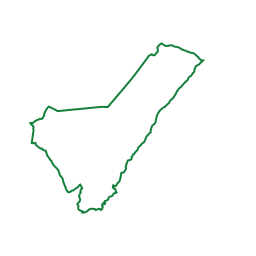 outline of Santaluz, Bahia, Brazil, rotated 158°
{"feature_id": "56859067B88136569258603", "entity_name": "Santaluz", "entity_type": "district", "adm_level": 2, "iso_a3": "BRA", "parent_name": "Brazil", "parent_adm1": "Bahia", "projection": "albers", "projection_center": [-39.492, -11.198], "detail": "fine", "context": "isolated", "style": "outline", "palette": "green", "viewbox_px": 256, "rotation_deg": 158, "n_neighbors": 0, "source": "geoboundaries", "source_scale": "gbopen_adm2", "svg_char_len": 4656}
<svg xmlns="http://www.w3.org/2000/svg" viewBox="0 0 256 256"><g transform="rotate(158 128 128)"><path d="M202.0,66.7L200.9,66.2L199.6,65.9L198.8,65.9L197.9,66.0L196.8,66.3L195.5,66.6L194.4,67.1L193.3,67.1L192.4,67.0L191.2,66.4L190.4,65.9L189.6,65.5L188.9,65.0L188.6,64.0L187.6,64.1L186.5,64.0L185.2,64.0L184.2,63.2L184.0,62.3L182.9,62.2L182.1,62.8L181.5,63.9L180.7,64.6L181.1,65.6L180.6,66.6L179.8,67.5L179.0,67.0L178.5,66.2L177.5,66.4L177.3,67.2L177.6,68.4L176.7,68.9L175.3,68.8L173.9,68.9L172.8,69.4L172.3,70.4L171.7,70.9L170.8,71.1L170.0,71.1L169.2,71.0L168.2,71.0L167.2,71.5L166.1,72.4L164.7,72.6L163.7,72.4L162.7,72.6L163.2,74.0L162.8,74.8L162.5,75.8L163.3,76.5L163.8,77.5L164.4,78.4L163.8,79.5L163.1,80.4L162.0,78.8L161.1,78.9L160.2,79.1L159.6,80.0L158.8,80.4L158.0,80.9L157.1,81.4L156.3,81.6L155.3,82.3L154.8,83.2L153.7,84.5L153.4,85.2L152.8,85.8L152.4,86.8L151.6,87.6L151.2,88.7L150.1,88.7L149.0,88.4L147.8,88.8L146.5,89.8L145.6,90.4L144.9,91.4L145.0,92.4L144.3,93.1L143.9,94.0L142.9,94.9L142.4,95.9L141.5,96.5L140.4,97.9L139.5,97.9L138.4,97.6L137.2,97.6L136.0,98.3L135.6,99.7L134.2,100.4L133.3,101.6L132.1,101.5L131.2,102.3L130.3,102.9L129.4,103.2L128.3,103.7L127.3,104.1L126.7,105.1L125.4,106.2L124.2,106.7L123.0,107.0L122.1,107.6L121.3,108.0L120.5,108.5L119.3,108.7L118.3,108.9L117.5,109.6L116.6,110.6L115.9,111.2L115.3,112.0L114.5,112.8L113.4,113.5L111.8,114.2L110.7,114.7L109.7,115.2L108.5,115.5L108.4,116.4L108.1,117.1L107.3,117.9L106.7,118.8L106.0,119.7L105.4,120.4L104.5,121.1L103.6,121.4L102.5,121.7L101.1,122.4L100.2,123.3L99.5,124.4L98.9,125.2L98.2,126.3L97.5,127.3L96.8,128.3L96.1,129.1L95.4,129.7L94.7,130.3L93.7,131.0L92.7,131.8L91.4,132.5L90.2,132.8L88.9,133.3L87.3,133.8L85.9,133.7L84.9,134.3L83.6,134.8L82.4,135.3L81.0,135.6L80.0,136.3L79.4,137.0L78.7,137.5L77.7,138.0L76.7,138.3L75.9,138.6L74.6,139.0L73.4,139.9L72.6,140.6L71.6,141.2L70.6,141.9L69.8,142.9L68.3,144.1L67.2,144.5L66.0,145.5L65.0,145.9L64.0,146.0L62.8,146.6L61.6,147.2L60.9,147.6L60.1,148.0L59.3,148.3L58.2,148.9L56.9,149.4L55.9,149.5L54.9,150.1L54.1,150.9L53.4,151.5L52.2,152.4L51.2,152.6L50.3,152.7L49.4,153.0L48.4,153.7L47.6,154.5L46.6,154.8L45.5,155.4L45.0,156.2L44.5,157.3L43.3,158.5L42.4,159.5L41.5,160.0L40.4,160.1L39.3,160.3L38.2,160.3L37.4,160.8L36.4,161.2L35.5,161.8L34.4,161.8L33.1,162.5L34.0,163.0L34.8,163.6L35.4,164.5L35.7,165.4L36.3,166.4L36.4,167.9L37.1,168.8L37.6,169.7L37.8,170.6L38.4,171.5L38.8,172.3L39.6,173.0L40.3,173.6L41.3,174.1L42.3,174.8L43.2,175.8L44.5,176.8L45.2,177.6L46.1,178.5L47.1,179.3L47.7,179.9L48.6,180.7L49.3,181.8L50.2,183.0L51.0,183.8L52.4,185.0L53.6,185.5L54.7,186.4L55.5,187.5L56.5,188.3L57.8,188.7L58.8,189.1L60.0,189.0L61.1,189.5L62.3,190.0L63.3,191.0L63.9,191.9L65.2,193.8L66.3,193.6L67.5,193.4L68.5,192.9L69.6,192.4L70.7,191.5L70.8,190.3L71.1,188.9L71.8,187.8L72.8,187.2L74.1,186.7L74.8,186.3L75.5,185.7L76.3,185.5L77.2,185.9L78.0,186.5L78.3,187.4L79.2,187.4L80.5,187.2L81.8,187.0L85.0,185.0L102.2,174.5L107.8,171.4L119.0,165.4L126.9,161.3L138.9,155.0L141.9,156.3L144.8,157.6L155.3,160.7L168.0,164.4L170.2,165.1L171.6,165.5L172.8,165.9L173.9,166.2L175.3,166.6L176.6,167.0L186.9,170.0L188.8,172.4L193.4,177.5L194.4,177.2L195.5,176.6L196.5,175.9L197.5,175.2L198.3,174.5L199.0,173.8L199.7,173.3L200.4,172.4L200.8,171.4L202.0,170.3L203.0,169.7L203.9,168.7L205.3,169.0L206.3,169.5L207.4,169.3L208.2,169.4L209.5,169.5L210.4,169.3L211.3,169.1L212.2,169.1L213.2,168.6L214.7,168.4L215.8,169.0L216.6,169.2L216.7,168.0L215.7,166.7L215.4,165.6L215.2,164.3L215.8,163.4L216.2,162.4L216.4,161.2L216.9,160.5L222.9,150.1L221.8,149.4L220.4,149.3L219.3,148.7L219.8,147.3L219.4,146.3L219.0,145.4L218.6,144.7L218.2,143.8L217.5,142.7L216.4,141.4L215.5,141.2L215.3,140.2L214.8,139.3L214.0,138.6L213.2,138.0L212.8,137.3L213.2,132.9L213.0,131.8L212.7,131.0L212.5,130.0L212.3,129.1L212.1,127.7L211.4,126.6L211.4,125.7L211.5,124.9L211.3,123.6L211.0,122.1L210.6,120.6L209.9,119.0L209.5,118.0L209.1,117.1L208.9,116.2L208.5,115.2L208.5,113.8L208.7,112.3L208.6,110.7L208.8,109.7L208.4,108.3L208.0,107.0L207.6,105.9L207.7,105.0L207.9,103.9L208.0,102.8L208.3,101.5L208.2,100.3L208.1,99.4L208.3,98.6L208.2,97.5L208.1,96.4L208.3,95.4L208.3,94.4L208.1,93.1L207.9,91.8L207.5,90.8L206.3,90.4L205.1,90.5L203.9,91.0L202.8,90.8L201.7,90.6L200.9,90.9L199.7,91.4L198.5,91.6L197.6,91.7L196.7,92.0L195.6,92.5L194.5,93.2L193.5,93.4L193.0,89.4L193.8,88.9L194.9,88.5L195.7,87.4L195.8,86.1L196.7,85.5L197.8,84.4L198.6,83.6L199.1,82.5L199.0,81.4L199.0,80.0L199.7,78.7L200.9,77.7L202.2,77.2L203.1,76.9L203.6,75.8L203.1,74.3L204.1,72.6L204.4,71.3L203.9,70.1L203.1,69.2L202.3,68.8L201.8,68.0L201.2,67.4L202.0,66.7Z" fill="none" stroke="#15803d" stroke-width="2"/></g></svg>